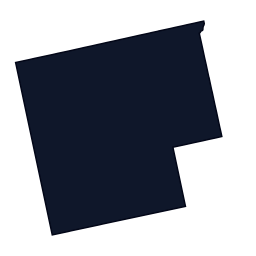 Peterborough, South Australia, Australia, rotated 168°
{"feature_id": "25037944B63042885451223", "entity_name": "Peterborough", "entity_type": "district", "adm_level": 2, "iso_a3": "AUS", "parent_name": "Australia", "parent_adm1": "South Australia", "projection": "robinson", "projection_center": [138.942, -32.848], "detail": "fine", "context": "isolated", "style": "filled", "palette": "ink", "viewbox_px": 256, "rotation_deg": 168, "n_neighbors": 0, "source": "geoboundaries", "source_scale": "gbopen_adm2", "svg_char_len": 2042}
<svg xmlns="http://www.w3.org/2000/svg" viewBox="0 0 256 256"><g transform="rotate(168 128 128)"><path d="M224.3,215.4L224.3,186.5L224.3,170.5L224.3,142.6L224.3,142.0L224.3,130.1L224.3,129.9L224.3,128.5L224.3,113.6L224.3,109.5L224.3,91.6L224.3,81.3L224.3,59.8L224.3,55.8L224.3,46.5L224.3,46.2L224.3,43.1L224.3,39.2L220.3,39.2L216.3,39.2L210.2,39.2L207.9,39.2L205.3,39.3L205.2,39.3L201.0,39.3L197.7,39.3L192.8,39.3L188.2,39.3L184.8,39.3L176.5,39.3L172.4,39.4L168.8,39.4L161.9,39.4L159.3,39.4L155.1,39.4L150.1,39.4L144.9,39.4L139.7,39.4L134.1,39.4L129.4,39.4L127.9,39.4L125.9,39.4L117.7,39.4L113.3,39.4L109.6,39.4L101.5,39.4L97.5,39.4L92.2,39.4L88.1,39.4L88.1,45.8L88.1,59.8L88.1,91.7L88.1,99.9L81.7,99.9L76.4,99.9L76.2,99.9L66.7,100.0L62.3,100.0L57.3,100.0L51.9,100.1L48.0,100.1L44.0,100.1L38.0,100.2L38.0,101.5L38.0,104.9L38.1,110.2L38.1,124.9L38.2,133.3L38.2,137.3L38.2,138.5L38.2,143.5L38.2,145.6L38.3,147.8L38.3,160.7L38.4,161.0L38.4,166.7L38.4,171.0L38.4,173.9L38.5,181.3L38.5,184.0L38.5,185.1L38.5,187.1L38.5,191.0L38.6,205.9L37.8,206.2L36.5,207.6L34.9,208.0L34.4,208.5L33.9,210.3L33.6,211.1L33.2,211.9L32.3,213.0L31.7,214.3L31.7,216.8L35.6,216.8L41.6,216.7L47.6,216.7L48.7,216.7L48.8,216.7L53.0,216.6L54.9,216.6L55.1,216.6L55.3,216.6L55.5,216.6L56.0,216.6L56.7,216.6L57.0,216.6L57.3,216.6L57.5,216.6L57.8,216.6L58.0,216.6L58.3,216.6L58.7,216.6L58.9,216.6L59.2,216.6L59.4,216.6L59.8,216.6L60.2,216.6L60.3,216.6L60.5,216.6L66.2,216.5L66.3,216.5L71.7,216.5L77.8,216.5L77.8,216.4L78.5,216.4L81.8,216.4L85.4,216.4L87.9,216.3L88.3,216.3L91.6,216.3L91.9,216.3L97.8,216.3L103.6,216.2L103.9,216.2L104.0,216.2L104.7,216.2L105.0,216.2L105.5,216.2L105.9,216.2L113.4,216.1L113.5,216.1L118.1,216.1L122.4,216.0L126.6,216.0L128.1,216.0L131.5,216.0L136.4,215.9L140.3,215.9L146.0,215.8L151.2,215.8L154.6,215.8L159.1,215.7L162.1,215.7L168.7,215.6L173.6,215.6L178.0,215.6L181.2,215.6L186.6,215.5L191.0,215.5L196.3,215.5L199.5,215.5L205.3,215.5L210.1,215.4L214.1,215.4L217.2,215.4L224.3,215.4Z" fill="#0f172a" stroke="#020617" stroke-width="1.5"/></g></svg>